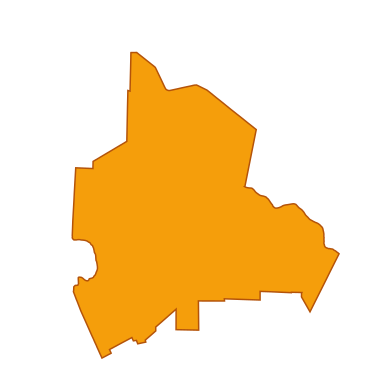 the district of Río Hondo, Santiago del Estero, Argentina, rotated 350°
{"feature_id": "61730980B3191379670925", "entity_name": "Río Hondo", "entity_type": "district", "adm_level": 2, "iso_a3": "ARG", "parent_name": "Argentina", "parent_adm1": "Santiago del Estero", "projection": "orthographic", "projection_center": [-64.73, -27.436], "detail": "fine", "context": "isolated", "style": "filled", "palette": "amber", "viewbox_px": 384, "rotation_deg": 350, "n_neighbors": 0, "source": "geoboundaries", "source_scale": "gbopen_adm2", "svg_char_len": 3875}
<svg xmlns="http://www.w3.org/2000/svg" viewBox="0 0 384 384"><g transform="rotate(350 192 192)"><path d="M74.5,339.9L78.6,338.6L81.9,337.5L83.0,337.2L84.2,336.8L84.4,336.7L83.4,332.8L97.3,328.2L107.5,324.9L108.4,328.4L111.5,328.5L112.1,331.6L112.2,332.1L120.2,331.8L120.4,331.8L120.3,329.7L126.5,326.0L132.2,322.5L132.2,322.4L132.8,318.8L132.8,318.7L140.1,314.3L156.0,304.6L152.4,324.8L174.6,329.2L179.4,300.4L205.1,305.0L205.3,302.8L240.3,310.2L241.8,301.7L250.8,303.6L259.3,305.5L272.3,308.4L272.4,308.0L280.5,309.6L282.7,310.1L282.3,310.6L281.6,314.3L287.4,330.5L309.4,300.9L313.8,294.9L319.6,287.1L326.1,278.4L325.6,277.8L325.2,277.2L324.7,276.8L324.3,276.4L324.0,275.9L323.6,275.6L323.2,275.0L322.9,274.8L322.4,274.4L321.9,274.0L321.5,273.7L321.1,273.1L320.6,272.7L319.7,272.3L318.9,272.2L318.4,271.9L317.7,271.6L317.1,271.6L316.5,271.4L315.6,270.8L315.0,270.5L314.6,270.3L313.9,269.6L313.5,269.1L313.3,268.5L313.2,268.1L313.2,267.1L313.1,266.5L313.0,265.8L313.0,265.1L313.2,264.6L313.5,263.5L313.6,262.4L313.7,261.6L313.8,260.9L314.1,260.0L314.1,259.0L314.2,258.2L314.5,256.7L314.6,255.7L314.6,254.5L314.6,253.7L314.5,252.6L314.5,251.6L314.4,250.2L314.0,249.5L313.8,248.8L313.0,247.8L312.5,247.0L312.0,246.3L311.3,245.6L310.9,245.2L310.5,244.8L309.8,244.3L309.2,243.9L308.1,243.3L307.4,242.7L306.6,242.2L305.7,241.4L304.9,240.8L303.2,239.4L302.4,238.2L301.7,237.0L300.8,235.8L299.9,234.5L299.3,233.0L298.7,231.4L298.0,230.2L297.4,229.1L296.4,227.9L295.4,226.9L294.6,226.1L293.8,224.9L293.1,223.7L292.1,222.2L290.8,221.5L289.8,221.2L288.2,221.1L286.9,221.1L285.8,221.1L284.2,221.1L281.6,221.0L280.1,221.1L278.7,221.4L277.9,221.8L276.5,222.2L274.9,222.5L273.5,222.6L272.0,222.5L271.2,222.3L270.0,221.2L269.8,220.8L269.2,220.0L269.0,218.8L268.3,217.5L267.7,216.3L267.0,214.7L266.2,212.9L265.7,212.0L264.9,211.1L264.2,210.0L263.4,209.4L262.1,208.7L261.5,208.4L260.4,208.0L259.0,207.4L258.0,206.8L257.0,205.7L256.4,205.1L255.7,204.4L255.0,203.6L254.7,203.2L254.0,202.0L253.7,201.3L253.2,200.5L252.6,199.7L251.8,198.8L251.2,198.5L250.1,198.2L249.2,198.0L248.2,197.7L246.9,197.2L246.3,196.9L245.5,196.5L245.0,196.0L244.9,195.9L245.0,195.9L266.1,141.7L258.6,133.2L250.8,124.3L250.3,123.8L248.3,121.5L244.9,117.7L244.3,117.0L234.2,105.4L232.3,103.3L229.4,99.9L224.5,94.3L224.1,94.0L216.2,88.2L215.6,87.8L215.0,87.4L214.6,87.4L213.5,87.2L211.3,87.2L211.2,87.3L210.9,87.3L204.6,87.5L199.2,87.7L195.6,87.9L187.6,88.2L186.3,87.9L185.4,87.4L184.7,86.8L184.2,86.4L184.1,86.1L183.6,84.9L183.0,82.8L181.1,75.8L177.7,63.6L177.5,63.0L177.2,62.5L164.4,48.0L164.1,47.7L163.2,46.7L162.8,46.2L162.6,46.0L162.5,45.8L162.1,45.5L161.8,45.0L160.9,44.9L160.5,44.8L156.1,44.1L155.8,45.3L155.8,45.5L155.7,45.9L155.6,46.5L155.4,47.3L155.2,48.6L153.0,59.6L149.6,76.4L148.5,81.9L146.5,80.9L143.2,97.3L142.1,102.9L136.6,130.8L99.9,144.7L98.5,151.7L81.7,148.0L76.1,171.8L74.4,179.3L69.6,199.8L67.9,207.7L66.5,214.2L66.5,214.9L66.1,216.4L66.6,217.7L67.4,218.7L68.2,218.8L69.8,219.1L71.4,219.1L73.5,219.5L74.2,219.9L76.6,220.5L78.3,221.1L79.7,221.8L80.0,222.0L80.7,222.6L81.5,223.4L82.6,224.1L83.4,226.0L83.6,226.4L84.7,227.5L84.9,228.8L85.2,229.6L85.3,230.4L85.4,231.8L85.4,233.0L85.4,234.2L85.4,234.6L86.1,236.5L86.1,238.2L85.9,239.8L85.8,240.7L85.6,242.6L85.9,243.7L86.0,244.3L86.0,246.9L85.9,249.2L85.6,251.1L85.0,252.5L83.6,254.6L83.0,255.8L82.2,256.9L80.8,257.9L80.1,258.9L78.8,259.4L77.0,259.5L75.8,259.6L75.3,260.5L74.0,261.4L72.5,261.0L71.6,260.4L70.5,259.3L69.7,258.2L68.7,257.2L67.9,256.7L67.0,256.5L66.0,256.2L65.7,256.3L65.2,256.5L64.9,257.7L64.6,260.4L64.4,261.6L64.4,262.4L63.3,264.0L60.8,263.7L59.2,264.8L59.1,265.0L58.4,268.2L57.9,269.6L58.3,271.6L59.5,278.0L59.9,279.7L61.9,289.9L64.6,300.6L66.1,306.6L68.1,314.7L68.8,317.4L69.4,319.6L69.5,320.0L69.9,321.8L70.6,324.5L71.1,326.3L71.6,328.6L72.8,333.2L72.8,333.3L74.5,339.9Z" fill="#f59e0b" stroke="#b45309" stroke-width="1.5"/></g></svg>